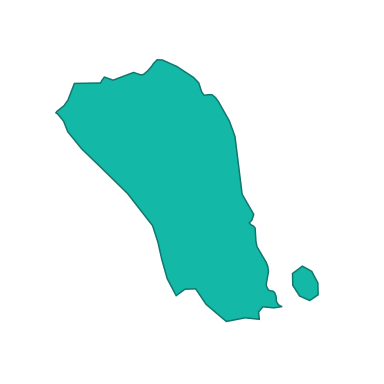 Grand'Anse, Robinson projection, rotated 57°
{"feature_id": "HTI-1359", "entity_name": "Grand'Anse", "entity_type": "Department", "adm_level": 1, "iso_a3": "HTI", "parent_name": "Haiti", "parent_adm1": "", "projection": "robinson", "projection_center": [-74.06, 18.515], "detail": "fine", "context": "isolated", "style": "filled", "palette": "teal", "viewbox_px": 384, "rotation_deg": 57, "n_neighbors": 0, "source": "natural_earth", "source_scale": "10m", "svg_char_len": 1167}
<svg xmlns="http://www.w3.org/2000/svg" viewBox="0 0 384 384"><g transform="rotate(57 192 192)"><path d="M51.5,263.0L50.8,261.3L49.9,252.3L47.3,245.9L36.9,231.5L50.8,209.2L49.6,207.4L47.9,202.9L55.2,197.3L59.9,175.9L65.9,171.2L67.0,168.8L66.3,163.4L64.7,157.6L63.2,154.1L62.1,149.2L65.2,144.9L78.8,136.2L96.6,128.4L104.2,126.9L113.4,129.4L117.5,129.2L119.2,125.5L121.2,122.3L125.6,120.9L130.4,120.6L152.8,122.0L168.8,125.7L221.2,151.2L244.2,152.4L245.0,153.1L247.6,156.3L248.2,157.2L249.1,160.8L251.3,160.5L254.1,159.0L256.6,158.7L268.3,165.3L273.4,167.3L291.4,168.1L295.7,169.0L300.4,171.2L309.0,179.3L311.6,180.9L315.7,181.3L317.7,180.0L319.0,178.3L321.1,177.5L325.1,178.2L330.1,180.9L333.7,180.9L336.1,179.7L337.2,178.8L333.8,186.4L326.9,195.1L328.9,201.5L335.4,204.9L326.5,215.9L319.3,233.7L306.5,237.6L293.7,241.4L284.5,241.5L275.2,241.7L269.7,250.8L270.3,261.7L251.3,260.0L232.2,254.1L215.5,247.9L198.7,243.4L158.1,246.9L117.9,255.9L96.0,261.0L73.8,263.4L62.7,261.1L53.1,262.2L51.5,263.0ZM314.3,139.8L323.8,134.8L336.9,136.0L346.9,142.2L347.1,152.4L337.9,158.4L325.1,158.3L315.1,152.1L314.3,139.8Z" fill="#14b8a6" stroke="#0f766e" stroke-width="1.5"/></g></svg>